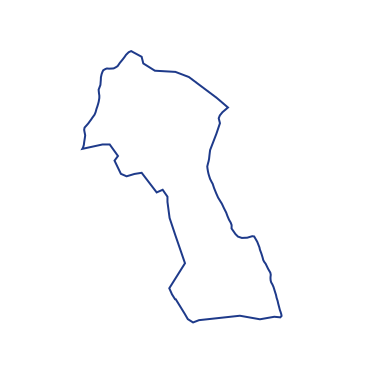 the district of Pavee, Castries, Saint Lucia, rotated 150°
{"feature_id": "8701671B25758314350266", "entity_name": "Pavee", "entity_type": "district", "adm_level": 2, "iso_a3": "LCA", "parent_name": "Saint Lucia", "parent_adm1": "Castries", "projection": "albers", "projection_center": [-60.992, 14.003], "detail": "fine", "context": "isolated", "style": "outline", "palette": "blue", "viewbox_px": 384, "rotation_deg": 150, "n_neighbors": 0, "source": "geoboundaries", "source_scale": "gbopen_adm2", "svg_char_len": 1980}
<svg xmlns="http://www.w3.org/2000/svg" viewBox="0 0 384 384"><g transform="rotate(150 192 192)"><path d="M176.4,39.9L175.8,41.5L175.3,43.6L174.9,45.9L174.0,49.1L173.1,52.4L172.3,54.9L171.6,58.2L170.7,60.9L170.3,62.8L169.9,64.6L169.3,67.2L168.9,69.0L168.6,71.7L168.6,74.2L168.1,76.1L167.3,77.8L166.6,79.0L165.2,80.9L164.5,83.0L164.5,85.5L164.5,87.4L164.1,93.0L164.4,95.6L164.3,97.5L163.6,100.0L162.7,104.0L162.0,108.1L161.3,110.3L160.4,116.2L160.4,122.4L161.9,123.6L167.0,124.8L171.8,127.3L174.5,130.4L175.4,133.8L176.0,140.6L175.1,142.1L174.7,142.7L174.2,143.7L173.8,146.1L173.8,149.5L173.3,153.6L172.7,157.0L172.4,162.3L172.0,166.9L172.1,170.1L172.2,174.1L171.7,178.8L170.9,184.5L170.0,188.8L170.0,190.8L169.8,194.3L169.2,197.1L168.6,199.6L167.9,201.8L166.8,204.7L166.0,206.5L164.1,208.5L162.2,210.4L160.8,212.0L160.4,212.5L158.5,215.1L156.7,217.5L155.3,219.3L141.8,230.2L133.4,237.6L132.0,242.5L129.6,244.4L125.7,245.9L118.6,247.2L123.6,261.3L137.2,293.1L146.3,304.3L163.5,315.6L169.9,327.7L168.0,334.3L174.3,344.5L177.0,344.7L180.5,343.8L183.0,342.6L185.9,341.4L189.9,339.9L193.5,338.2L195.7,338.1L198.0,338.2L199.7,339.0L202.2,340.3L203.9,341.5L205.4,341.8L208.0,341.8L209.5,340.8L211.3,339.3L213.5,336.9L215.1,334.4L216.9,331.8L217.8,330.5L219.5,329.1L221.7,327.3L222.4,325.8L223.2,324.0L224.1,321.7L225.3,319.7L227.7,316.8L229.2,315.3L231.1,313.5L233.2,311.7L235.5,309.4L237.7,307.7L241.3,306.1L242.9,305.3L246.1,303.9L247.4,303.3L250.0,302.4L252.8,301.5L254.3,299.8L255.0,297.9L255.7,295.8L256.2,294.4L258.1,292.0L260.2,289.4L262.1,286.9L264.1,285.0L265.4,284.2L250.1,279.3L245.7,277.9L239.5,274.3L238.1,260.2L243.4,257.9L244.5,243.3L240.8,238.3L232.8,236.4L226.0,233.8L222.8,209.3L216.3,208.6L215.6,200.2L218.2,195.7L224.4,180.7L228.1,162.6L233.7,133.8L259.8,120.0L260.3,115.2L260.5,113.5L260.3,107.6L259.7,107.2L259.2,90.1L259.2,84.0L256.3,78.5L250.0,77.5L212.4,60.9L196.8,47.8L183.1,42.8L178.2,39.3L176.4,39.9Z" fill="none" stroke="#1e3a8a" stroke-width="2"/></g></svg>